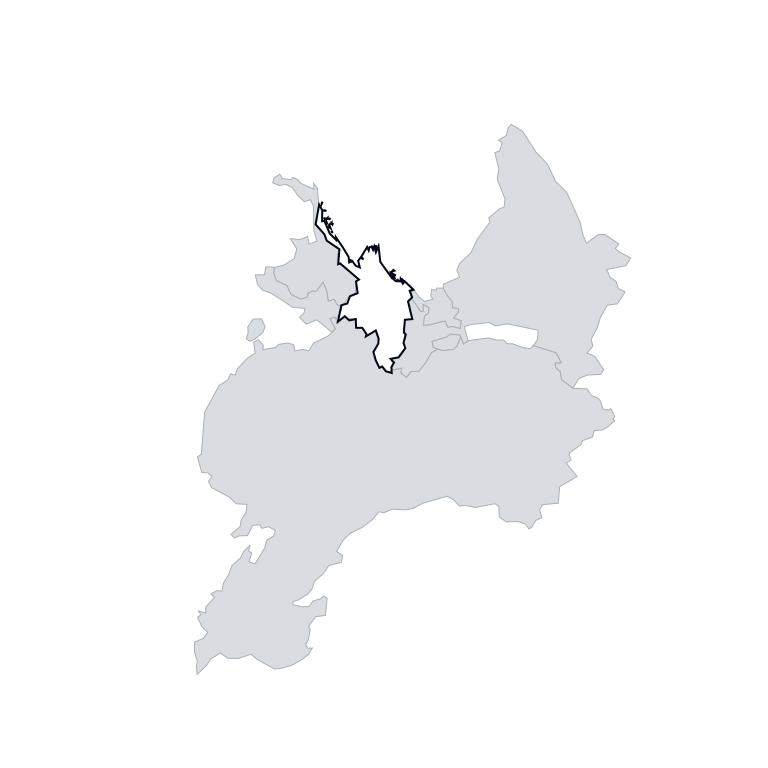 Myanmar highlighted, Albers equal-area conic projection, rotated 160°
{"feature_id": "MMR", "entity_name": "Myanmar", "entity_type": "country or territory", "adm_level": 0, "iso_a3": "MMR", "parent_name": "Asia", "parent_adm1": "", "projection": "albers", "projection_center": [96.922, 19.196], "detail": "medium", "context": "with_neighbors", "style": "outline", "palette": "ink", "viewbox_px": 768, "rotation_deg": 160, "n_neighbors": 6, "source": "natural_earth", "source_scale": "50m", "svg_char_len": 7948}
<svg xmlns="http://www.w3.org/2000/svg" viewBox="0 0 768 768"><g transform="rotate(160 384 384)"><path d="M446.9,531.0L437.9,530.0L425.6,532.4L419.7,540.8L422.4,552.7L413.6,548.4L405.3,548.8L406.6,541.0L398.1,541.2L397.5,552.1L389.5,575.3L390.2,582.4L396.6,582.6L400.8,591.5L402.8,599.9L408.4,605.4L414.5,606.3L419.8,611.2L416.7,615.3L410.1,616.7L409.2,611.7L400.9,607.6L399.2,609.4L395.2,605.7L393.4,600.9L383.2,590.9L381.6,596.6L379.7,591.2L383.6,575.7L393.4,556.3L389.5,547.3L388.4,537.2L379.7,524.4L382.9,522.6L386.3,513.9L371.8,491.4L375.7,489.6L379.9,478.8L386.4,478.3L397.0,471.5L401.1,474.5L401.7,480.5L408.0,480.8L406.0,491.4L406.4,500.3L416.1,494.1L418.9,495.7L424.4,495.3L426.2,491.7L433.3,492.2L440.7,499.9L441.7,509.7L449.8,518.0L449.8,526.4L446.9,531.0Z" fill="#d9dde1" stroke="#a8b0b8" stroke-width="1"/><path d="M467.6,530.6L459.0,527.5L455.0,534.5L446.9,531.0L449.8,526.4L449.8,518.0L441.7,509.7L440.7,499.9L433.3,492.2L426.2,491.7L424.4,495.3L418.9,495.7L416.1,494.1L406.4,500.3L406.0,491.4L408.0,480.8L401.7,480.5L401.1,474.5L397.0,471.5L398.9,467.8L406.6,461.2L407.4,463.5L412.3,463.7L410.7,452.3L415.3,450.7L425.3,467.3L436.7,466.9L440.6,475.5L434.8,478.3L432.3,482.0L443.7,487.5L458.4,507.3L466.0,513.8L468.8,520.6L467.6,530.6Z" fill="#d9dde1" stroke="#a8b0b8" stroke-width="1"/><path d="M371.1,394.1L371.8,397.9L368.7,399.7L369.4,405.7L363.1,403.9L351.6,410.7L351.8,416.3L346.8,424.6L346.3,429.4L342.2,437.5L335.2,435.1L334.6,445.4L332.5,448.7L333.3,452.9L328.8,455.2L324.4,439.3L321.9,439.3L320.2,445.6L315.5,440.3L318.4,434.7L322.5,434.3L326.8,426.0L321.7,424.2L305.0,422.4L304.5,415.5L300.2,414.8L293.4,410.2L289.9,416.8L296.1,422.3L290.3,425.7L288.2,429.2L293.6,432.2L291.8,438.1L294.5,445.7L295.6,453.9L294.1,457.5L276.5,458.5L276.6,466.0L271.4,471.6L257.7,477.4L246.4,488.4L229.1,499.8L228.7,504.4L215.0,509.2L210.5,509.3L207.0,516.6L207.5,537.8L202.5,546.8L200.8,563.5L195.7,563.4L190.5,570.4L193.2,574.0L183.9,575.8L179.9,582.1L175.7,584.4L167.4,574.3L161.9,549.8L155.2,534.7L153.5,515.7L146.7,501.1L144.4,468.5L146.1,456.6L145.6,447.1L131.6,451.1L125.3,448.9L115.4,435.2L120.3,432.3L118.2,428.1L109.1,418.0L116.1,412.5L135.6,415.5L135.1,406.9L130.9,401.2L131.1,393.5L126.0,388.2L137.2,379.5L147.2,381.7L157.7,372.8L164.5,363.7L174.1,355.1L174.8,348.2L182.8,343.6L176.5,338.0L172.6,322.4L177.2,318.9L189.6,322.8L199.1,322.5L208.0,315.4L215.8,327.5L214.2,335.2L217.0,340.4L216.3,345.3L210.3,343.4L211.6,354.3L230.7,369.1L224.8,373.0L220.6,381.8L247.5,398.3L259.5,400.5L264.2,405.8L281.5,410.1L288.9,410.3L290.2,396.0L295.6,394.2L296.1,403.9L304.0,408.0L309.6,406.7L324.3,407.5L325.1,401.5L321.6,398.3L328.7,397.2L336.8,390.1L347.0,384.0L354.3,386.5L360.6,382.4L364.6,388.5L361.7,392.7L371.1,394.1Z" fill="#d9dde1" stroke="#a8b0b8" stroke-width="1"/><path d="M328.8,455.2L328.4,462.3L325.3,460.7L325.7,468.8L321.2,453.6L317.6,447.7L309.2,447.0L309.9,451.1L306.8,456.6L303.0,454.4L301.6,456.1L295.6,453.9L294.5,445.7L291.8,438.1L293.6,432.2L288.2,429.2L290.3,425.7L296.1,422.3L289.9,416.8L293.4,410.2L300.2,414.8L304.5,415.5L305.0,422.4L321.7,424.2L326.8,426.0L322.5,434.3L318.4,434.7L315.5,440.3L320.2,445.6L321.9,439.3L324.4,439.3L328.8,455.2Z" fill="#d9dde1" stroke="#a8b0b8" stroke-width="1"/><path d="M317.8,395.5L325.1,401.5L324.3,407.5L309.6,406.7L304.0,408.0L296.1,403.9L296.0,401.9L302.1,394.9L307.0,392.6L317.8,395.5Z" fill="#d9dde1" stroke="#a8b0b8" stroke-width="1"/><path d="M484.8,489.7L476.9,487.2L476.1,478.6L480.3,473.8L490.2,470.3L495.5,470.1L497.9,473.8L494.2,478.4L492.5,484.3L484.8,489.7ZM234.3,254.1L234.1,248.9L239.8,247.1L234.1,231.1L254.1,227.4L261.0,212.4L276.2,216.4L280.7,212.8L281.6,204.3L288.1,203.9L294.2,198.7L297.3,198.2L299.0,204.1L305.2,208.9L316.1,212.6L321.2,219.6L317.9,229.6L320.6,233.5L340.5,236.8L349.9,242.4L354.8,243.5L358.3,251.7L363.0,257.0L388.3,258.7L398.9,257.2L406.9,258.4L418.9,263.5L428.6,263.1L432.3,265.8L441.4,260.4L454.2,256.6L466.1,255.4L475.2,251.6L485.8,242.9L481.5,236.9L485.1,230.9L497.8,232.3L505.2,226.9L516.8,222.3L521.8,216.0L527.0,212.9L538.1,210.4L544.3,210.6L544.8,207.5L537.0,202.5L530.5,200.5L525.0,204.3L517.3,203.9L513.0,205.4L510.7,202.2L518.2,186.6L527.7,188.7L537.7,182.2L537.2,178.6L542.9,169.2L546.7,166.1L546.0,161.7L541.7,160.4L547.3,155.7L556.3,153.0L566.0,151.3L577.5,151.9L584.4,153.7L597.2,168.2L601.4,175.6L614.9,175.9L625.0,180.0L629.6,187.2L641.1,184.9L647.0,180.2L658.9,175.1L656.6,183.4L654.3,187.1L653.7,196.9L650.3,206.3L640.6,206.7L634.6,211.0L638.1,218.1L639.0,228.6L635.1,229.6L636.0,234.1L629.9,229.9L627.7,235.4L616.3,241.5L618.3,246.0L611.4,246.9L607.2,244.7L602.8,252.0L594.8,258.3L589.2,265.2L578.3,269.6L573.0,274.7L564.7,278.5L568.4,273.6L566.2,270.3L571.7,263.3L566.8,259.1L552.0,270.8L547.7,277.4L539.8,278.8L536.2,283.6L541.3,289.4L548.1,290.1L548.9,294.2L555.8,296.1L564.1,288.2L571.9,290.8L577.2,290.3L579.2,295.0L568.0,299.3L564.8,304.9L557.4,310.7L554.0,317.8L563.6,321.9L568.2,330.8L581.3,345.4L582.2,352.5L577.2,355.9L580.0,360.8L585.5,363.1L584.2,379.2L579.5,380.7L562.3,418.7L539.5,439.0L529.5,441.2L524.4,446.1L520.9,443.2L516.3,448.6L504.0,454.7L494.5,457.1L492.2,467.8L487.1,468.7L484.2,461.7L486.0,457.7L473.6,455.4L469.4,457.3L460.0,455.3L455.4,451.5L456.6,445.7L448.2,444.3L443.6,440.8L436.2,446.5L420.1,448.2L410.7,452.3L412.3,463.7L407.4,463.5L406.2,457.1L399.5,460.2L388.7,454.8L391.2,446.5L385.5,444.6L383.2,435.5L373.7,437.2L374.7,425.5L383.1,417.1L383.1,401.5L379.2,399.2L376.2,393.4L371.1,394.1L361.7,392.7L364.6,388.5L360.6,382.4L354.3,386.5L347.0,384.0L336.8,390.1L328.7,397.2L321.6,398.3L317.8,395.5L307.0,392.6L302.1,394.9L296.0,401.9L295.6,394.2L290.2,396.0L270.2,391.6L263.4,386.9L256.7,384.5L254.2,379.5L249.4,377.8L241.1,370.7L234.5,367.1L230.7,369.1L211.6,354.3L210.3,343.4L216.3,345.3L217.0,340.4L214.2,335.2L215.8,327.5L208.0,315.4L194.8,310.0L193.2,302.5L187.7,297.4L186.5,294.5L186.7,285.5L182.0,282.8L179.2,283.3L178.3,274.6L180.9,272.8L180.1,270.5L188.3,267.2L194.1,266.1L202.5,268.3L206.2,262.9L216.6,262.9L219.8,259.6L232.9,256.0L234.3,254.1Z" fill="#d9dde1" stroke="#a8b0b8" stroke-width="1"/><path d="M397.1,472.6L391.0,472.2L386.0,478.1L377.7,478.4L375.2,490.0L371.8,490.7L384.0,512.4L386.1,512.2L379.8,525.9L388.8,538.3L388.8,545.1L393.7,557.4L383.6,574.7L382.6,568.4L386.5,558.1L384.2,557.9L383.5,543.8L379.8,535.8L379.0,538.4L376.1,527.1L373.8,515.6L375.1,510.1L371.8,510.6L370.2,504.9L366.9,501.8L366.1,508.7L362.9,510.7L360.7,508.1L361.9,511.3L353.0,518.5L352.7,514.7L351.0,517.4L348.8,517.5L348.4,513.8L346.1,516.6L346.6,510.5L342.0,515.4L345.7,500.0L340.9,482.8L339.7,486.7L335.8,481.9L338.8,483.3L340.1,482.4L340.4,481.3L337.8,476.6L333.6,474.9L332.5,477.0L332.0,471.8L329.4,473.4L324.1,462.5L327.9,462.9L327.9,455.8L333.2,453.4L335.2,435.3L342.4,437.2L347.7,425.7L346.6,423.0L351.6,415.9L351.7,410.4L361.1,404.0L369.2,405.4L367.2,400.8L371.2,397.3L373.0,391.7L377.9,395.3L379.7,401.1L382.8,400.8L383.7,409.4L383.0,417.7L375.6,423.8L373.5,428.5L373.4,437.1L384.8,434.9L383.4,437.1L385.2,444.2L391.0,446.4L388.3,454.7L394.9,455.6L397.7,461.1L406.0,458.3L397.1,472.6ZM337.8,480.1L340.0,481.4L339.5,482.4L338.2,482.4L337.8,480.1ZM381.0,548.6L382.4,550.6L381.0,552.0L381.0,548.6ZM338.0,487.0L336.3,488.0L335.6,486.9L338.0,487.0ZM381.7,557.4L383.2,559.9L382.3,559.6L381.7,557.4ZM345.3,515.4L343.8,517.1L345.6,513.6L345.3,515.4ZM374.0,511.5L372.8,512.7L373.4,510.7L374.0,511.5ZM380.8,559.3L380.0,559.6L380.9,557.5L380.8,559.3ZM378.9,566.3L381.0,567.4L380.7,567.8L378.9,566.3ZM383.9,555.7L382.6,556.3L382.5,554.5L383.9,555.7ZM380.9,575.0L379.3,576.3L381.0,574.5L380.9,575.0ZM331.0,475.1L331.5,477.3L330.5,474.7L331.0,475.1ZM381.0,544.5L380.9,546.1L380.5,543.5L381.0,544.5ZM335.8,476.7L336.0,478.1L335.1,476.1L335.8,476.7ZM379.2,552.6L378.4,553.1L378.7,552.5L379.2,552.6ZM377.9,551.5L378.0,552.6L377.4,551.9L377.9,551.5ZM378.8,558.0L378.8,558.9L378.1,556.7L378.8,558.0ZM347.8,516.7L346.8,517.4L347.7,516.3L347.8,516.7Z" fill="none" stroke="#020617" stroke-width="2"/></g></svg>